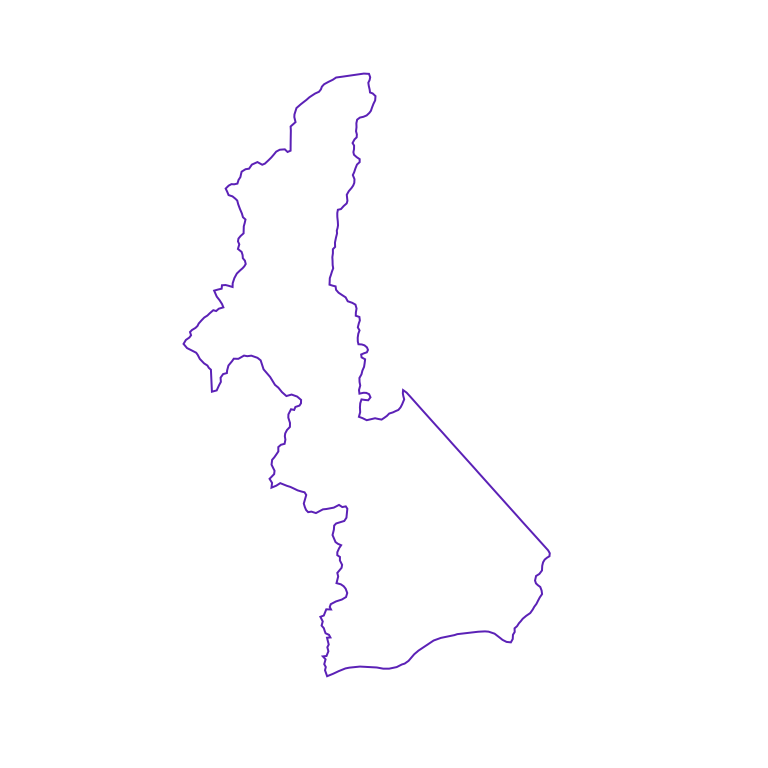 Aragominas, Tocantins, Brazil, rotated 194°
{"feature_id": "56859067B19572205876105", "entity_name": "Aragominas", "entity_type": "district", "adm_level": 2, "iso_a3": "BRA", "parent_name": "Brazil", "parent_adm1": "Tocantins", "projection": "mercator", "projection_center": [-48.592, -6.989], "detail": "fine", "context": "isolated", "style": "outline", "palette": "violet", "viewbox_px": 768, "rotation_deg": 194, "n_neighbors": 0, "source": "geoboundaries", "source_scale": "gbopen_adm2", "svg_char_len": 5463}
<svg xmlns="http://www.w3.org/2000/svg" viewBox="0 0 768 768"><g transform="rotate(194 384 384)"><path d="M198.4,164.0L197.4,167.7L198.2,171.9L197.2,175.0L198.2,178.5L196.3,181.2L195.2,184.5L193.9,186.9L192.6,189.8L189.9,193.5L186.7,197.1L185.1,201.2L184.3,204.2L182.9,207.5L182.1,211.1L181.2,214.7L179.8,218.4L181.1,221.7L183.3,224.9L186.0,226.0L188.3,227.3L189.9,229.8L190.0,234.5L187.3,237.3L185.6,241.3L186.5,245.9L186.5,249.5L185.6,252.5L183.8,254.9L181.8,256.9L182.2,259.9L184.5,262.3L209.9,279.4L216.6,283.9L223.6,288.7L230.4,293.3L271.4,321.1L275.9,324.2L303.9,343.1L315.6,351.1L323.1,356.1L341.4,368.5L355.6,378.2L360.0,381.1L364.0,382.7L363.5,379.6L362.4,377.1L360.7,374.0L361.5,368.6L362.3,365.3L363.8,362.3L366.2,360.5L368.5,358.6L371.8,356.6L373.5,353.7L375.7,351.1L377.7,348.9L380.9,348.7L384.4,348.6L387.7,346.9L392.0,344.7L396.7,345.7L400.4,346.1L400.3,350.9L401.7,355.5L402.4,359.6L402.1,363.6L398.8,363.9L395.4,364.4L393.9,367.8L396.0,370.5L399.1,371.1L401.8,370.5L405.5,368.7L406.8,372.1L406.7,376.8L408.2,380.0L409.3,383.9L408.2,387.9L408.2,391.8L407.5,395.8L407.8,399.3L408.3,403.4L412.2,404.4L413.3,407.1L410.8,409.0L408.3,410.6L407.8,413.2L409.4,415.4L412.3,416.8L415.1,417.0L418.4,416.4L419.7,418.9L420.7,422.5L421.1,426.6L420.7,430.1L423.1,432.6L423.1,436.8L422.8,439.8L424.1,443.1L427.9,443.4L428.6,446.6L428.9,450.6L430.9,454.1L434.5,455.1L439.2,455.5L442.2,458.8L446.0,460.1L450.2,461.6L453.3,463.8L454.6,467.0L457.7,467.0L460.9,467.2L461.5,470.3L462.2,473.6L461.9,476.9L461.7,480.6L461.3,484.0L462.6,487.0L463.7,491.0L464.8,494.6L465.2,498.5L466.2,502.4L464.6,505.2L465.8,509.4L466.0,514.2L466.0,518.8L466.9,521.4L466.8,524.1L467.0,526.8L468.1,530.4L469.7,534.8L470.7,538.6L470.9,541.9L468.1,543.3L466.2,546.9L463.9,550.2L463.8,552.9L464.8,555.6L465.9,558.6L464.8,562.6L462.9,566.4L461.9,569.1L461.5,572.0L462.2,575.6L464.8,579.2L464.2,582.2L463.9,586.2L463.3,590.4L461.3,593.4L462.0,596.3L465.4,597.5L468.6,599.2L469.8,601.6L469.9,604.6L470.7,608.1L472.8,610.2L471.8,614.2L470.2,616.7L470.7,619.6L472.3,622.5L472.8,626.5L473.9,630.4L474.0,634.0L471.8,636.7L468.6,638.3L465.8,640.4L463.8,643.5L462.8,645.9L462.5,649.4L462.0,653.4L461.2,657.0L461.9,661.3L465.3,663.2L468.1,663.5L469.1,666.1L470.8,669.4L472.1,672.5L471.5,675.4L471.6,678.3L473.6,681.3L478.7,680.3L499.3,671.9L504.6,669.8L507.3,666.8L511.0,663.7L514.6,660.4L516.2,657.5L516.5,654.6L517.8,651.8L521.1,649.2L523.9,646.2L525.8,644.1L528.0,640.9L530.3,638.0L532.4,635.3L535.7,630.6L536.1,623.9L535.6,621.3L533.2,616.7L536.9,611.3L535.7,607.4L533.6,598.3L531.1,587.8L533.7,585.8L537.0,587.7L541.8,586.1L544.8,583.4L546.5,579.8L548.1,576.6L550.1,573.3L552.9,569.0L555.2,567.3L560.5,568.7L565.3,564.9L567.0,560.3L570.3,558.9L573.5,555.6L573.5,553.0L573.4,550.0L574.5,546.9L574.7,543.0L577.7,541.5L580.4,541.0L582.7,538.9L584.9,535.3L582.8,532.8L580.5,529.7L576.4,529.4L573.2,527.9L570.8,526.5L569.0,523.2L566.2,519.1L563.1,515.0L561.2,511.7L558.2,510.1L558.1,506.4L558.2,503.1L556.7,496.2L558.9,493.0L560.4,489.9L560.2,487.1L558.2,484.5L558.4,479.7L554.1,477.7L552.4,474.9L551.4,471.9L548.8,470.0L547.2,467.0L548.0,464.4L549.3,462.0L551.0,459.6L553.5,455.6L554.8,450.6L555.2,445.2L554.4,441.5L558.8,441.7L561.7,441.7L565.1,440.6L564.6,437.2L567.9,435.5L571.4,433.5L569.1,430.5L567.4,428.3L563.9,425.6L560.5,422.4L558.4,419.5L562.5,417.1L564.5,414.2L567.5,414.3L570.3,410.3L571.9,407.7L574.5,405.0L576.4,401.7L578.4,397.9L579.0,395.2L580.5,392.8L583.4,389.9L584.8,387.5L583.0,384.6L584.1,382.0L586.9,378.8L588.2,374.4L583.8,371.2L578.9,370.1L573.8,368.9L571.8,367.2L568.8,363.8L563.6,360.5L559.8,359.2L557.9,357.3L555.4,356.0L549.1,334.9L544.8,337.3L543.7,343.1L542.8,346.6L544.1,350.6L542.5,354.7L539.1,356.6L539.5,359.3L539.4,364.3L536.9,369.5L535.9,372.2L531.4,373.2L526.7,377.7L523.4,377.9L519.6,379.4L513.1,378.8L509.4,377.1L504.4,369.1L496.2,363.3L489.6,356.8L485.5,354.8L481.0,351.4L475.8,348.7L471.1,351.4L465.2,350.8L460.6,348.5L459.9,345.2L460.8,342.6L464.4,340.3L464.9,337.1L468.1,337.0L469.4,331.4L468.7,328.2L465.8,323.5L464.9,319.6L467.0,315.9L467.9,312.2L467.6,309.4L466.2,306.1L466.0,301.9L469.3,300.1L471.3,297.2L470.2,293.0L471.1,290.5L472.7,286.3L474.2,283.4L473.6,278.5L469.2,273.3L468.8,270.0L472.1,264.3L468.7,261.0L468.1,256.2L463.9,259.3L460.7,262.7L453.5,261.7L450.0,261.5L446.9,260.9L442.1,259.9L438.2,259.7L434.9,259.7L432.6,257.5L432.9,248.6L431.0,245.4L429.1,242.9L426.6,241.3L423.6,242.6L418.8,242.3L412.9,247.6L409.6,248.8L402.8,251.9L398.4,255.8L394.7,254.5L391.5,256.0L389.4,254.1L388.1,245.2L389.4,241.5L396.7,237.1L398.1,234.6L397.4,230.5L397.4,225.0L392.8,218.9L390.1,217.8L386.6,217.2L387.8,213.9L388.6,209.5L387.9,206.6L384.9,205.5L384.1,202.1L380.9,198.4L380.7,195.4L383.6,189.4L381.9,186.2L381.9,179.3L377.4,179.2L374.2,178.0L371.7,176.1L369.1,172.3L369.3,168.1L372.7,164.7L378.0,161.4L382.4,157.5L382.7,154.5L380.9,152.4L385.5,151.4L386.4,144.8L389.4,142.7L386.0,138.8L386.1,134.5L383.3,132.5L381.9,130.2L380.4,128.0L376.7,127.3L374.7,125.1L377.9,124.0L374.6,117.8L375.3,114.9L373.3,111.2L374.0,106.2L377.4,104.9L374.1,102.7L374.2,97.7L372.0,95.3L372.0,92.0L368.5,86.7L363.3,90.5L358.4,94.5L352.6,98.7L349.0,100.4L339.0,104.0L322.4,107.2L315.9,107.6L310.2,109.0L303.2,112.4L298.8,116.2L296.3,117.7L293.2,121.3L289.3,129.1L286.0,133.7L273.8,147.1L267.4,151.4L254.9,157.4L252.4,159.0L232.7,166.4L226.2,168.4L222.6,169.0L216.3,168.5L209.9,165.7L207.1,164.4L202.7,163.4L198.4,164.0Z" fill="none" stroke="#5b21b6" stroke-width="2"/></g></svg>